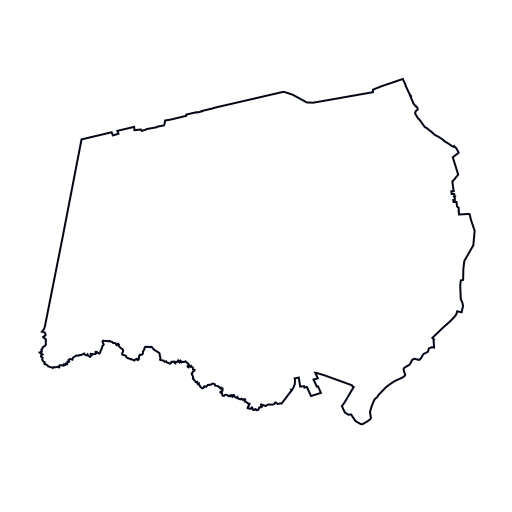 the district of Staphorst, Overijssel, Netherlands, rotated 178°
{"feature_id": "6326949B79471435364663", "entity_name": "Staphorst", "entity_type": "district", "adm_level": 2, "iso_a3": "NLD", "parent_name": "Netherlands", "parent_adm1": "Overijssel", "projection": "orthographic", "projection_center": [6.228, 52.637], "detail": "fine", "context": "isolated", "style": "outline", "palette": "ink", "viewbox_px": 512, "rotation_deg": 178, "n_neighbors": 0, "source": "geoboundaries", "source_scale": "gbopen_adm2", "svg_char_len": 6054}
<svg xmlns="http://www.w3.org/2000/svg" viewBox="0 0 512 512"><g transform="rotate(178 256 256)"><path d="M155.4,84.2L150.0,87.1L147.9,88.6L147.0,89.6L146.8,90.5L147.2,93.2L147.5,96.4L145.4,102.5L142.5,108.6L139.8,110.8L138.5,112.8L130.5,120.5L124.6,124.5L121.0,126.5L114.0,129.4L111.7,130.9L111.0,132.1L112.4,136.4L112.3,138.0L112.0,138.9L106.1,142.2L103.4,146.9L101.2,147.8L96.7,146.4L94.7,148.0L92.6,151.5L91.8,152.3L87.7,154.2L87.2,155.2L86.8,156.7L86.4,157.6L83.6,158.7L81.2,158.3L81.5,165.9L81.0,166.3L82.6,168.0L72.5,177.1L63.3,184.8L59.6,188.5L57.8,190.8L56.9,193.7L52.5,192.6L50.8,198.9L51.5,202.6L52.9,205.8L52.9,219.7L52.3,223.6L52.1,224.5L50.0,224.8L49.8,225.4L49.2,236.0L48.0,243.7L38.4,259.2L36.6,273.7L39.8,284.2L41.1,290.4L42.8,290.6L51.6,290.4L51.9,293.9L51.7,293.9L51.8,297.3L52.9,297.9L53.4,298.9L53.8,303.0L56.7,303.0L56.9,305.0L55.3,305.1L55.4,307.8L55.2,308.1L55.9,308.1L56.1,308.5L55.5,309.6L55.5,310.2L55.8,311.1L58.3,311.2L58.5,313.9L56.2,314.0L57.2,323.7L56.5,324.1L51.1,330.3L55.9,347.8L49.9,352.1L50.2,353.0L52.3,357.1L53.6,358.1L54.1,359.0L55.1,358.2L61.2,362.6L63.9,364.2L64.4,365.1L68.6,368.2L73.5,371.1L75.7,373.4L81.2,378.1L82.7,378.8L87.9,386.6L89.4,388.1L92.1,393.0L91.2,395.3L89.3,396.7L89.4,398.1L89.9,399.1L90.7,399.6L90.8,400.2L91.5,400.5L93.1,402.5L96.3,410.6L95.7,410.7L96.8,412.2L100.3,420.4L100.6,421.8L103.1,427.8L125.2,421.1L131.7,418.7L133.3,418.1L133.2,416.8L133.7,416.2L133.6,415.6L193.7,407.2L199.9,407.7L213.7,415.9L220.9,418.6L223.1,419.1L292.8,405.5L292.8,405.3L305.1,402.8L305.0,402.5L307.7,401.8L310.3,401.5L310.4,401.8L320.7,399.8L320.9,398.5L336.5,395.3L342.1,394.6L343.0,390.4L343.6,389.7L350.1,388.7L350.9,388.1L360.7,386.7L362.1,386.0L365.5,385.1L365.5,385.4L366.9,386.2L366.9,386.4L373.1,386.0L373.3,389.3L390.2,385.9L389.2,383.0L394.8,381.5L396.0,384.7L426.3,378.6L448.9,280.3L469.4,193.2L470.3,190.6L472.6,187.8L469.9,187.0L469.0,184.7L469.2,184.0L471.6,182.5L471.3,181.9L469.8,180.9L468.8,179.8L469.2,177.3L469.0,175.0L470.2,173.3L471.5,172.9L472.3,172.2L472.5,171.3L473.2,170.7L473.2,169.7L473.8,169.6L473.5,168.2L474.3,167.7L474.0,167.1L475.4,167.0L474.1,165.5L472.9,165.0L474.0,164.2L474.4,163.0L472.8,161.8L473.2,159.8L473.0,159.1L472.1,157.9L470.8,157.1L471.2,155.6L471.1,155.3L470.2,155.2L469.0,154.6L467.4,152.9L463.5,151.6L462.9,151.2L461.8,152.1L460.3,151.7L458.6,152.2L456.7,151.5L456.4,151.9L456.5,153.1L456.2,153.6L454.3,153.6L452.0,153.1L451.7,153.3L452.0,154.2L451.9,154.4L450.4,153.8L449.7,154.2L450.1,154.9L450.0,155.1L448.5,154.6L448.3,156.6L446.4,156.9L446.5,157.3L447.1,158.0L446.9,158.8L445.4,159.6L443.1,158.8L442.7,160.4L442.0,161.1L438.7,162.9L436.8,162.5L435.9,163.2L434.5,163.1L431.1,164.5L430.5,163.4L428.7,162.6L428.3,162.6L427.7,163.4L427.3,162.5L425.4,161.0L423.9,162.2L424.7,163.6L424.6,164.0L422.0,163.5L419.9,163.6L419.3,164.2L419.8,165.6L419.6,165.8L418.5,165.8L417.7,164.8L415.9,164.0L415.4,164.5L414.3,167.2L413.3,168.9L412.7,171.2L411.3,172.8L412.1,174.8L412.3,176.2L411.7,176.7L409.2,176.3L407.8,176.4L406.4,175.8L405.2,176.3L404.2,175.5L402.8,175.2L401.8,174.0L399.6,173.8L399.0,173.2L398.8,172.1L398.5,171.8L397.7,172.1L396.9,173.1L396.1,172.2L396.4,170.9L394.5,168.9L392.3,167.1L392.1,165.2L393.0,163.9L393.2,162.5L393.0,162.1L389.7,160.9L389.4,160.7L389.1,159.5L387.9,158.4L386.8,158.2L386.0,157.7L384.9,157.6L384.6,157.1L383.1,156.8L381.2,155.8L380.3,156.7L378.8,157.4L378.2,156.9L378.2,156.4L378.0,156.1L376.8,156.7L376.4,159.5L375.7,161.3L374.8,161.1L373.1,161.6L372.4,162.6L372.4,164.5L370.9,166.4L370.6,168.0L370.0,168.9L369.1,169.2L368.2,168.8L367.0,169.1L365.2,168.5L364.1,169.0L363.1,168.4L361.3,166.0L356.1,162.6L355.7,161.5L355.6,159.5L355.0,157.7L355.5,155.8L355.3,155.4L351.8,154.6L351.0,153.4L349.5,153.9L348.5,152.5L347.1,152.3L346.2,151.4L344.8,151.8L344.4,153.0L344.1,153.3L343.1,153.1L341.7,153.4L341.5,152.8L341.0,152.0L340.3,151.6L339.8,153.0L338.2,153.0L337.5,154.1L337.1,153.1L336.0,153.6L335.8,152.6L335.6,152.8L335.4,154.0L335.1,154.1L334.6,152.5L334.2,152.2L333.3,152.9L332.4,152.6L330.8,152.8L330.1,153.2L328.5,151.5L327.7,151.0L326.9,149.7L326.9,149.4L328.1,148.6L328.2,148.0L328.0,147.5L327.3,147.1L327.1,147.9L326.2,147.8L325.9,148.5L324.9,148.6L324.8,147.5L323.7,147.3L323.0,146.8L323.0,145.0L321.3,144.2L322.0,143.2L323.2,142.6L323.6,141.3L324.4,140.9L324.2,139.9L323.3,138.0L323.1,136.5L323.3,135.5L322.3,134.8L321.9,133.8L321.1,133.1L320.6,132.1L319.2,132.2L319.2,131.1L318.7,130.1L317.6,130.6L317.6,129.3L316.8,128.7L316.4,127.5L314.7,125.9L314.2,125.7L313.0,126.1L312.1,127.6L310.5,127.0L308.5,128.9L305.7,128.9L303.9,130.0L302.1,129.5L301.6,129.1L301.5,128.0L298.4,127.2L296.5,125.3L295.5,125.8L295.1,125.5L295.3,125.2L295.3,124.5L294.1,124.7L294.0,124.1L294.3,122.3L295.7,121.8L296.4,121.2L295.9,120.6L294.9,120.4L294.6,118.3L293.9,117.4L292.8,117.4L292.0,118.2L290.1,118.3L288.1,116.8L287.4,117.3L286.4,116.7L286.1,117.5L285.6,117.9L284.5,116.5L283.9,117.8L283.4,118.0L282.6,117.5L282.9,116.7L282.5,116.2L280.6,115.0L279.5,115.7L279.2,114.4L276.7,113.3L275.3,113.9L274.7,113.0L273.1,112.4L272.8,113.4L272.1,113.3L271.9,113.1L271.8,111.9L272.2,110.9L270.5,110.2L269.4,109.1L267.6,108.5L267.6,108.2L268.3,107.8L268.3,106.5L268.9,106.2L269.6,104.8L269.6,104.2L266.9,103.5L265.3,104.9L265.1,104.7L265.2,103.5L264.3,102.3L263.6,102.1L263.2,102.7L261.7,103.0L261.4,102.2L260.6,101.8L258.9,102.3L258.2,104.4L257.1,104.9L256.3,104.5L255.2,105.4L255.1,105.8L256.2,106.9L256.2,107.3L256.0,107.5L251.5,105.7L250.1,106.7L248.6,107.1L244.4,106.9L242.6,107.6L242.3,108.4L241.8,109.0L241.1,108.8L239.6,107.3L236.5,107.9L235.6,107.6L226.2,119.1L225.7,119.4L225.3,120.0L225.6,121.1L224.7,121.0L223.1,123.2L221.7,126.6L221.4,129.8L221.6,132.3L217.5,133.0L216.4,124.0L212.5,124.2L212.2,122.8L210.2,123.3L210.1,123.0L209.6,123.1L205.9,114.1L195.9,116.9L198.6,123.6L199.8,123.4L202.8,130.5L198.5,131.6L200.8,137.2L199.0,136.8L192.1,134.5L164.7,123.5L164.1,122.3L162.9,121.7L172.8,106.3L175.4,102.9L172.7,96.6L169.3,94.2L166.5,94.3L162.7,88.1L161.4,86.9L157.0,84.3L155.4,84.2Z" fill="none" stroke="#020617" stroke-width="2"/></g></svg>